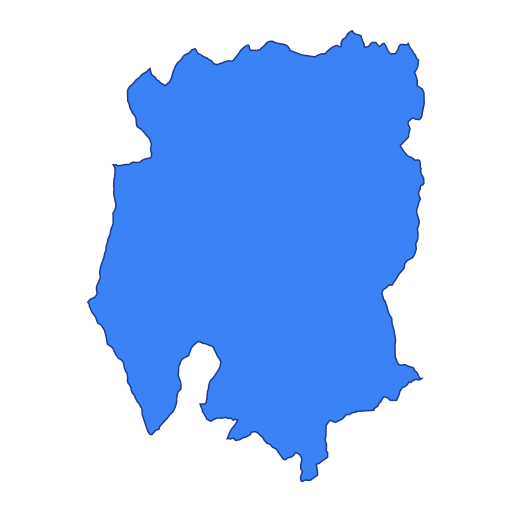 Yarowilca, Huánuco, Peru
{"feature_id": "86281439B41621224509593", "entity_name": "Yarowilca", "entity_type": "district", "adm_level": 2, "iso_a3": "PER", "parent_name": "Peru", "parent_adm1": "Huánuco", "projection": "equal_earth", "projection_center": [-76.6, -9.812], "detail": "fine", "context": "isolated", "style": "filled", "palette": "blue", "viewbox_px": 512, "rotation_deg": 0, "n_neighbors": 0, "source": "geoboundaries", "source_scale": "gbopen_adm2", "svg_char_len": 5983}
<svg xmlns="http://www.w3.org/2000/svg" viewBox="0 0 512 512"><path d="M131.1,387.9L131.2,390.2L132.3,392.9L134.7,395.8L134.8,397.0L137.4,401.8L138.4,402.7L141.1,407.5L142.0,408.5L142.2,414.6L147.8,431.2L149.6,434.1L151.1,434.7L152.1,434.3L155.8,430.2L159.0,429.2L159.7,426.4L167.6,417.8L169.6,415.0L171.9,412.8L173.6,410.7L175.3,406.9L176.6,402.5L176.6,398.5L177.4,393.5L178.4,391.6L180.6,389.4L181.1,386.8L180.6,382.1L178.5,376.5L178.3,374.8L178.7,366.7L179.8,364.4L180.9,360.8L183.3,358.3L188.5,355.7L191.3,348.0L193.8,345.0L197.9,341.5L199.6,341.7L203.1,343.5L204.9,343.5L212.2,346.3L213.5,347.6L217.7,356.5L219.4,358.7L221.1,362.3L220.6,363.2L220.3,366.1L218.8,369.4L213.3,377.8L210.8,380.3L209.5,382.8L208.6,386.2L208.5,388.7L207.7,390.8L207.2,394.2L207.2,396.8L206.3,402.0L205.6,403.5L204.2,404.1L200.2,404.0L200.7,406.3L202.1,408.7L202.5,411.6L204.2,414.0L207.0,419.3L210.3,421.1L211.6,420.9L213.3,419.6L217.6,417.8L221.6,418.2L225.3,417.4L229.0,418.5L230.9,418.0L233.1,420.2L235.2,419.4L237.7,419.8L236.2,423.2L231.2,429.6L229.0,434.0L228.2,436.7L227.2,438.7L229.1,438.6L230.5,439.0L232.1,438.3L233.6,438.4L235.7,440.4L239.6,439.7L243.4,437.6L245.6,437.2L249.4,435.1L250.4,434.4L251.4,432.2L254.8,431.6L257.6,432.7L261.3,436.4L262.7,437.3L264.4,440.5L267.2,443.5L269.9,444.2L272.5,447.2L276.1,448.8L282.0,457.5L283.7,459.4L284.9,459.7L286.1,459.4L287.8,457.6L290.7,457.3L292.7,456.1L293.7,455.1L295.2,452.7L296.0,452.7L299.4,454.2L301.4,457.5L301.9,460.0L300.7,465.0L300.7,468.7L302.3,471.3L302.2,472.4L301.0,475.6L300.5,478.3L301.1,480.8L301.6,481.3L302.6,481.3L305.2,480.1L310.1,480.4L317.4,475.2L317.6,473.0L316.8,467.1L316.3,465.5L316.4,464.3L319.2,463.3L321.7,461.2L327.0,457.7L327.7,456.6L327.6,452.6L326.3,450.8L326.5,443.9L325.6,442.1L325.2,439.9L325.9,435.6L326.0,427.7L326.3,425.1L329.4,420.8L330.7,420.5L332.6,421.5L335.6,422.3L342.3,418.9L346.6,414.5L348.8,414.6L352.8,412.6L356.1,412.1L356.6,411.4L373.7,410.3L374.4,408.3L377.2,406.6L378.2,405.3L378.8,403.6L380.9,401.5L383.4,397.1L384.0,396.8L387.1,397.5L390.5,400.4L396.3,400.3L396.8,399.8L398.8,395.3L400.0,391.0L402.3,387.6L404.7,386.6L407.1,384.9L408.8,382.2L410.7,382.5L413.0,380.6L415.7,379.3L418.6,379.9L420.8,379.3L421.7,378.5L420.9,378.6L419.3,377.6L417.5,373.4L416.5,371.9L415.1,371.0L413.1,367.6L409.6,366.7L405.2,364.8L403.7,364.7L401.5,365.3L398.7,364.6L397.1,362.0L396.1,358.7L395.3,357.6L395.2,355.9L394.9,345.4L395.5,341.6L395.5,339.3L393.9,330.0L392.1,323.9L391.7,318.3L389.7,315.3L387.8,310.6L387.1,307.0L386.0,304.4L385.1,301.1L383.9,300.0L381.9,293.4L382.3,291.3L383.5,289.5L386.0,288.0L388.6,285.3L392.3,285.0L393.3,282.9L395.9,279.3L398.9,274.2L403.7,268.6L404.5,266.9L404.5,264.7L405.1,263.3L407.2,260.6L412.7,257.6L414.8,253.7L416.3,249.0L415.7,243.6L417.0,241.2L417.8,238.7L418.0,233.0L417.5,230.6L417.5,227.9L418.6,225.4L419.2,222.6L419.2,221.0L416.5,212.1L416.9,208.4L417.6,207.1L419.0,201.8L420.4,198.8L418.7,195.0L418.6,193.2L419.1,191.2L420.3,189.0L420.4,186.1L421.0,185.5L422.9,184.8L423.9,183.3L423.7,178.5L422.5,175.9L421.2,174.2L421.0,173.1L420.7,171.6L421.1,168.6L420.3,167.1L420.3,164.3L419.8,161.3L419.4,160.5L417.2,159.8L416.1,160.4L415.3,160.3L411.2,157.4L407.7,156.0L403.0,150.3L400.2,145.5L408.4,137.2L408.7,133.5L409.9,129.5L409.8,128.1L408.0,124.0L408.4,121.4L412.8,117.9L413.4,117.9L415.1,119.1L419.0,119.6L420.5,118.6L421.8,116.2L422.3,112.7L424.2,103.4L423.9,92.5L422.2,88.9L417.3,86.0L417.3,80.3L415.4,74.1L414.4,72.4L415.8,70.6L417.3,67.9L417.8,66.2L418.5,60.4L418.2,59.7L417.3,59.1L416.3,57.7L415.3,55.0L414.1,53.9L412.3,50.7L410.1,47.9L408.2,43.4L407.0,44.8L400.9,44.4L399.6,45.5L398.8,46.6L398.0,49.6L395.7,53.2L395.1,53.8L390.8,53.9L389.4,52.8L387.6,50.0L385.4,45.1L384.0,43.4L382.7,43.7L379.7,46.5L379.0,46.4L375.7,42.4L372.1,42.6L370.8,43.4L369.3,45.7L367.9,46.7L364.4,47.4L363.8,43.3L362.6,41.1L361.5,38.1L361.1,36.1L360.7,35.5L355.3,34.0L353.3,32.6L352.3,30.7L352.0,30.7L349.3,32.4L347.3,34.4L345.6,37.7L343.0,39.2L342.6,39.7L341.0,42.9L341.4,45.9L341.0,46.6L339.7,46.7L336.8,45.4L333.4,46.6L330.0,48.9L326.5,52.1L325.2,53.8L321.4,53.9L317.6,55.3L314.8,56.9L301.7,54.9L290.4,50.6L288.0,46.6L286.3,45.2L284.0,44.4L276.3,43.0L272.4,41.3L270.1,41.3L268.2,41.9L266.6,43.0L264.4,45.6L260.7,48.8L260.4,49.7L257.0,50.4L250.4,50.3L249.5,48.8L249.3,46.7L248.7,45.4L248.0,45.1L246.4,45.7L243.7,47.5L240.6,50.4L239.0,53.2L233.3,60.5L231.6,61.2L228.3,60.8L224.2,61.8L222.7,63.0L219.9,63.5L217.8,64.6L214.5,64.1L212.9,62.9L211.4,60.7L209.3,59.8L207.1,58.1L202.7,56.2L201.8,55.3L198.5,53.8L197.6,53.0L195.7,49.4L195.0,48.7L192.2,49.7L188.6,53.3L186.9,53.8L184.2,55.3L180.3,60.6L177.9,62.5L175.4,66.2L173.0,72.2L171.6,77.7L169.6,81.8L166.7,84.1L165.6,85.8L160.4,82.8L158.9,81.0L156.6,79.7L155.0,77.1L152.3,75.3L151.3,73.8L149.7,67.8L149.6,68.7L147.3,71.0L145.7,72.5L142.5,74.0L139.2,77.7L136.4,79.6L133.6,83.1L129.7,86.6L128.0,89.3L127.5,91.0L127.7,100.9L129.0,103.6L130.1,108.2L132.8,113.4L134.0,114.7L135.6,117.3L136.0,118.7L136.5,124.8L137.2,126.7L141.2,129.3L144.8,133.1L147.2,136.2L148.9,137.7L150.4,140.8L151.4,143.9L150.6,150.0L151.5,153.1L151.6,155.6L151.1,157.2L150.3,157.9L146.1,158.8L142.1,160.2L140.1,162.0L139.0,162.4L135.5,162.5L134.2,162.1L132.1,162.5L129.3,164.5L125.4,164.5L118.9,165.8L117.5,165.7L116.2,164.8L113.2,164.8L114.7,167.2L115.1,169.9L114.7,176.9L114.2,178.4L113.8,183.1L113.7,186.3L114.2,189.4L113.8,191.2L113.8,194.0L116.0,205.3L115.3,208.8L114.0,211.8L113.1,212.6L113.2,223.7L110.8,229.7L110.1,234.3L108.0,239.1L107.5,242.3L106.4,245.1L105.9,250.3L104.5,253.9L104.1,256.9L100.6,266.8L99.7,272.5L100.4,277.7L97.0,285.5L96.5,287.5L96.5,290.1L97.2,293.3L96.2,295.5L94.4,297.5L90.4,299.2L87.8,302.1L89.3,304.3L89.3,306.1L91.9,312.0L95.5,316.9L97.7,323.1L101.0,324.9L104.6,330.4L106.4,337.8L107.4,344.1L111.4,346.8L113.1,348.5L115.8,354.7L119.0,358.6L121.0,359.6L122.8,361.6L123.5,363.0L124.3,367.5L125.5,371.0L127.2,373.5L127.7,377.9L127.4,380.5L127.9,382.9L129.6,384.9L131.1,387.9Z" fill="#3b82f6" stroke="#1e3a8a" stroke-width="1.5"/></svg>